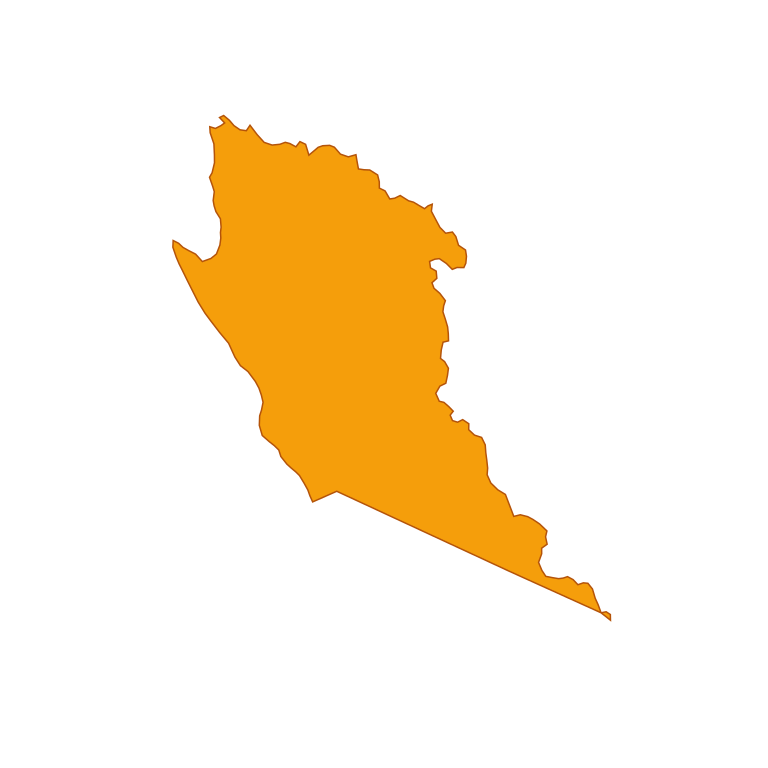 São José dos Basílios, Maranhão, Brazil (Equal Earth projection), rotated 154°
{"feature_id": "56859067B27394431743409", "entity_name": "São José dos Basílios", "entity_type": "district", "adm_level": 2, "iso_a3": "BRA", "parent_name": "Brazil", "parent_adm1": "Maranhão", "projection": "equal_earth", "projection_center": [-44.586, -5.014], "detail": "fine", "context": "isolated", "style": "filled", "palette": "amber", "viewbox_px": 768, "rotation_deg": 154, "n_neighbors": 0, "source": "geoboundaries", "source_scale": "gbopen_adm2", "svg_char_len": 2516}
<svg xmlns="http://www.w3.org/2000/svg" viewBox="0 0 768 768"><g transform="rotate(154 384 384)"><path d="M499.8,309.3L473.5,308.3L354.0,161.4L289.2,83.2L288.3,91.7L288.1,98.9L286.5,108.4L288.1,115.5L292.0,117.9L297.7,118.6L299.8,125.3L303.5,130.4L308.0,131.0L312.4,132.5L317.2,135.9L322.9,140.2L323.8,147.2L323.3,155.9L316.7,162.3L314.3,167.3L307.6,168.5L305.8,175.8L302.0,180.5L305.5,190.0L309.6,197.1L313.0,201.8L318.8,206.7L325.4,208.1L324.8,214.6L324.0,223.8L323.3,231.5L328.1,239.0L331.4,248.2L331.1,257.2L327.7,263.0L324.9,270.8L322.6,277.7L319.7,284.9L319.7,293.2L325.1,298.4L327.9,305.8L325.2,311.1L328.9,317.5L334.6,317.4L338.5,321.1L338.2,327.0L333.7,329.2L335.7,335.3L338.2,341.2L341.9,344.3L341.6,352.9L334.7,357.6L328.1,357.6L323.1,364.0L319.2,369.9L319.7,377.5L322.0,382.2L317.6,389.5L312.6,395.7L307.1,394.5L304.2,400.9L301.8,407.4L300.5,415.1L299.4,423.1L296.1,428.1L292.3,432.0L294.1,441.0L297.1,448.1L296.5,454.0L290.2,455.8L287.6,462.6L291.3,468.0L289.3,474.2L283.6,473.9L279.3,472.4L275.1,465.0L272.4,457.1L267.3,456.7L261.2,453.6L257.5,456.7L253.9,462.6L252.0,468.7L256.2,476.0L254.8,485.0L255.9,490.6L262.5,492.5L265.1,500.2L265.5,511.4L265.7,518.5L261.8,524.5L266.3,524.8L270.7,523.8L274.4,529.3L277.7,534.4L281.6,537.9L286.8,546.3L292.9,546.3L297.7,547.8L298.4,557.1L302.3,562.1L299.6,567.8L298.1,574.7L303.0,582.6L308.0,585.3L312.7,588.5L310.3,597.1L308.7,602.4L316.5,603.8L322.4,609.7L324.8,618.6L328.2,622.3L334.6,625.0L339.4,625.6L351.2,622.6L349.4,633.8L353.3,638.7L359.2,635.8L363.2,641.4L366.8,644.5L372.5,645.1L379.8,647.8L385.8,653.7L388.7,663.7L391.0,675.3L396.7,672.0L402.0,675.6L405.6,682.0L407.4,688.9L410.4,695.6L415.0,695.6L412.8,688.5L417.3,687.7L423.5,687.6L427.8,691.6L430.1,686.0L431.6,674.4L436.0,664.2L439.4,657.1L445.9,649.2L450.2,646.3L451.3,637.0L452.2,631.3L457.1,623.8L458.6,618.6L459.5,612.6L458.6,604.2L461.7,596.3L464.6,591.8L466.7,586.7L470.6,580.8L477.6,574.3L484.5,572.7L493.6,573.7L496.4,583.3L501.2,589.7L504.8,594.9L506.9,600.5L510.6,605.4L513.8,599.5L515.1,589.1L515.5,581.7L515.4,574.7L515.4,563.1L515.1,539.1L513.8,526.0L511.9,515.9L509.1,502.2L505.8,488.8L506.2,473.6L505.0,463.4L500.8,454.8L498.5,442.6L498.2,435.1L499.1,427.8L500.7,420.6L505.5,414.3L509.7,409.9L514.2,401.5L516.0,391.1L512.4,382.5L509.6,376.7L507.5,370.8L508.5,364.0L506.4,354.5L504.2,349.0L501.9,343.9L500.1,338.8L499.3,330.1L498.9,322.1L499.6,316.0L499.8,309.3ZM281.6,77.6L284.2,81.9L289.2,83.2L284.0,72.4L281.6,77.6Z" fill="#f59e0b" stroke="#b45309" stroke-width="1.5"/></g></svg>